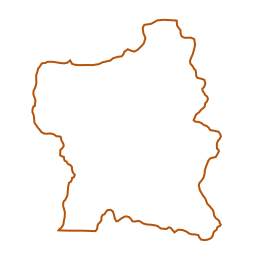 Ramla, HaMerkaz, Israel, rotated 182°
{"feature_id": "584046B58948260517771", "entity_name": "Ramla", "entity_type": "district", "adm_level": 2, "iso_a3": "ISR", "parent_name": "Israel", "parent_adm1": "HaMerkaz", "projection": "albers", "projection_center": [34.923, 31.918], "detail": "fine", "context": "isolated", "style": "outline", "palette": "amber", "viewbox_px": 256, "rotation_deg": 182, "n_neighbors": 0, "source": "geoboundaries", "source_scale": "gbopen_adm2", "svg_char_len": 3237}
<svg xmlns="http://www.w3.org/2000/svg" viewBox="0 0 256 256"><g transform="rotate(182 128 128)"><path d="M188.2,193.5L188.5,193.2L191.0,191.1L194.0,190.4L198.3,190.6L201.7,191.1L206.3,191.6L211.0,191.3L212.6,190.2L216.4,189.6L217.7,187.3L218.7,185.7L220.0,184.1L220.5,181.4L221.5,177.9L221.5,174.1L221.1,170.0L222.0,165.6L223.6,162.0L223.8,160.5L223.6,157.8L222.7,155.7L221.5,152.4L221.9,146.8L223.0,146.5L224.0,144.1L224.1,140.6L222.8,137.7L222.3,135.9L222.1,133.4L221.6,129.8L219.8,127.5L218.6,125.8L218.0,125.1L216.3,123.3L214.7,121.2L213.2,120.3L212.0,119.6L209.0,119.4L205.8,119.8L203.1,119.5L201.3,118.7L199.8,117.6L198.8,117.2L197.3,117.2L196.2,117.2L195.0,116.8L194.4,114.4L193.9,112.8L192.9,111.4L191.8,109.3L191.7,107.5L193.0,105.5L193.9,104.6L194.9,103.7L194.8,102.1L194.9,98.4L193.2,97.4L191.2,97.0L190.7,94.7L190.2,93.2L188.1,92.2L187.7,91.3L186.4,89.6L184.6,89.2L182.7,87.1L182.5,84.4L182.0,83.2L181.7,81.9L180.1,80.0L179.5,79.2L180.4,76.8L182.1,76.3L182.4,74.1L183.4,72.1L185.0,71.2L185.6,68.3L186.0,63.7L186.1,59.1L186.9,56.8L188.3,53.8L189.7,52.4L190.1,51.4L190.0,47.4L188.5,43.0L188.1,40.4L188.2,36.5L188.8,33.1L189.3,29.2L190.9,26.4L191.9,25.4L193.3,24.1L193.8,23.3L185.5,23.3L169.2,23.8L161.0,23.8L156.9,23.8L155.3,26.1L155.2,28.2L154.7,30.7L153.0,32.4L151.4,34.7L151.4,38.1L150.4,40.1L148.4,41.0L147.0,43.6L145.6,45.2L142.6,45.6L140.3,44.2L138.9,40.6L138.1,37.2L136.4,34.3L134.8,34.7L131.7,37.2L130.8,37.9L127.9,39.4L126.5,39.6L124.0,39.1L121.6,36.9L120.5,35.0L118.3,34.7L114.8,35.5L112.4,35.0L110.8,33.9L108.9,32.9L105.2,32.2L101.4,32.1L98.6,31.8L95.0,31.1L94.0,30.2L91.6,28.7L86.2,28.4L83.6,30.2L81.8,29.6L79.1,26.6L77.9,25.3L77.4,25.8L74.1,28.2L69.9,27.9L66.3,26.7L63.4,24.8L60.5,23.9L56.9,24.0L53.9,23.3L53.1,21.4L51.2,19.1L47.3,18.6L44.3,19.3L41.5,20.6L39.8,22.6L39.0,25.7L38.3,27.6L35.9,29.4L35.2,32.0L32.3,33.7L31.9,34.6L32.9,36.1L33.8,38.6L37.4,41.2L38.8,43.4L39.5,46.7L40.4,49.1L42.1,50.9L44.0,53.2L45.9,54.7L46.9,56.9L48.5,60.6L50.6,62.9L51.8,64.9L54.0,68.3L55.3,73.3L54.6,75.7L52.8,77.8L50.7,81.2L49.9,84.7L49.7,88.2L48.7,92.2L47.5,95.4L46.5,98.3L44.9,100.4L42.6,101.3L39.4,101.9L37.8,104.8L36.3,107.9L37.0,109.5L38.3,110.4L38.6,113.0L38.6,115.9L37.5,118.5L35.9,120.4L34.8,123.1L36.1,125.7L37.3,127.4L42.7,128.4L45.8,128.8L47.2,130.9L49.7,133.0L51.7,133.3L54.7,135.4L57.0,136.4L61.3,136.8L62.7,138.1L61.7,140.5L61.6,141.0L60.4,143.9L57.2,146.5L55.5,148.9L53.1,150.9L52.1,152.1L51.7,155.5L50.2,157.0L49.1,159.7L50.0,162.1L52.3,163.9L53.0,165.6L54.6,167.4L55.1,169.7L53.2,172.0L52.2,175.0L53.3,178.7L56.8,179.9L60.5,180.5L61.8,182.9L61.9,185.7L62.6,188.2L64.0,189.4L65.7,192.2L67.8,194.3L68.4,196.9L67.6,200.0L66.9,201.5L65.9,204.0L64.7,208.9L63.8,213.7L65.0,219.2L68.5,220.5L71.8,220.3L74.8,220.1L77.7,221.6L78.8,224.7L78.8,227.2L81.0,230.0L82.6,232.3L83.1,237.1L96.0,237.4L102.5,236.6L105.4,234.8L108.3,233.0L111.6,232.3L115.3,231.7L116.8,228.5L116.0,223.4L114.9,221.2L113.7,218.5L115.1,213.2L117.2,210.6L120.1,207.5L121.6,206.1L124.5,204.6L127.7,205.4L131.0,206.7L134.5,203.8L135.1,201.6L136.8,199.4L140.5,198.8L145.4,197.2L147.9,194.8L151.1,194.0L155.6,192.8L159.5,190.8L165.7,189.6L171.5,189.5L179.1,189.1L183.6,189.4L186.2,190.2L188.2,193.5Z" fill="none" stroke="#b45309" stroke-width="2"/></g></svg>